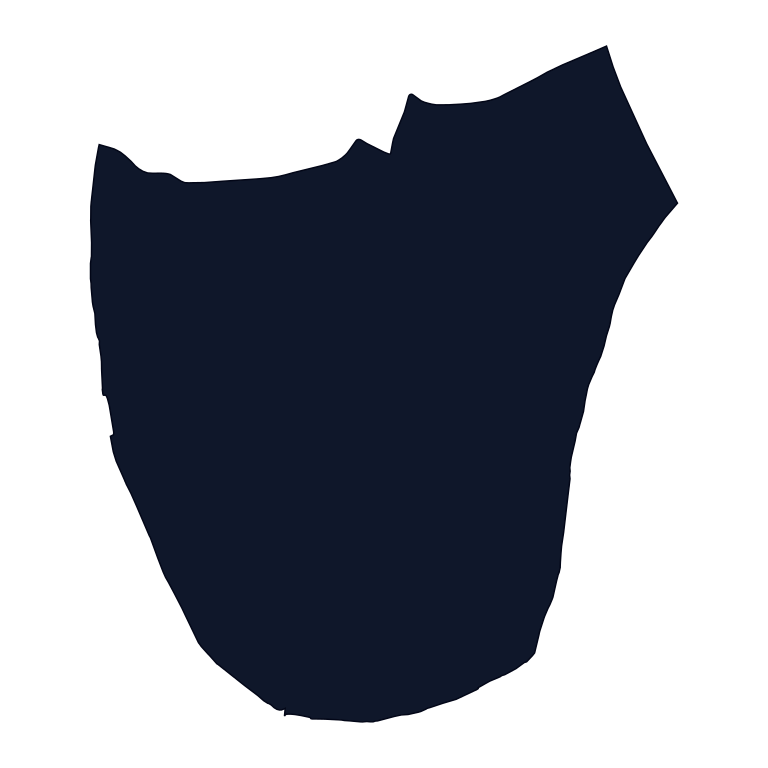 Bangkok Yai, Bangkok Metropolis, Thailand (Equal Earth projection)
{"feature_id": "78962969B71650774119704", "entity_name": "Bangkok Yai", "entity_type": "district", "adm_level": 2, "iso_a3": "THA", "parent_name": "Thailand", "parent_adm1": "Bangkok Metropolis", "projection": "equal_earth", "projection_center": [100.476, 13.735], "detail": "fine", "context": "isolated", "style": "filled", "palette": "ink", "viewbox_px": 768, "rotation_deg": 0, "n_neighbors": 0, "source": "geoboundaries", "source_scale": "gbopen_adm2", "svg_char_len": 4461}
<svg xmlns="http://www.w3.org/2000/svg" viewBox="0 0 768 768"><path d="M99.2,144.6L98.5,147.7L95.4,164.9L95.0,168.2L92.9,187.4L91.7,198.0L91.4,201.0L91.3,201.5L90.9,206.3L90.8,218.5L90.7,220.4L91.6,242.7L91.5,256.4L91.2,258.1L90.5,263.4L90.5,274.7L90.5,278.7L91.1,283.5L91.2,287.6L92.3,300.4L92.4,301.8L93.1,306.2L94.9,313.5L95.5,324.5L96.5,332.7L97.7,337.1L98.2,337.9L99.5,340.9L99.3,344.6L101.0,356.1L101.5,361.7L101.6,367.2L101.6,368.7L101.7,371.2L102.5,388.2L102.3,389.5L102.8,393.2L102.8,393.6L103.1,394.6L103.4,395.2L103.8,395.2L105.6,395.2L106.4,396.0L107.5,398.7L109.2,405.1L109.8,408.6L113.7,432.0L113.7,432.5L113.7,433.5L113.6,434.3L113.4,434.8L111.2,435.9L110.4,436.3L113.2,451.2L113.5,452.4L116.2,461.1L124.6,480.1L125.1,481.5L125.6,482.4L125.8,482.9L126.2,484.0L126.6,484.8L127.6,486.7L131.0,493.4L136.8,506.5L149.3,535.7L150.4,537.7L157.9,558.3L158.6,560.1L163.1,571.8L165.6,577.4L168.5,582.4L174.6,593.9L182.0,608.2L185.3,615.2L198.5,642.7L199.6,644.1L200.1,644.8L200.6,645.5L201.2,646.4L208.6,654.6L209.0,654.9L212.2,658.5L216.9,663.8L218.1,664.5L244.7,685.6L257.9,695.6L263.7,700.7L267.8,703.3L268.8,703.5L271.0,704.8L274.2,707.7L276.9,709.3L279.6,710.0L280.6,709.9L281.6,709.9L285.2,708.4L284.6,714.6L284.5,716.1L284.6,715.9L285.1,715.2L285.3,714.9L286.3,714.2L289.1,714.1L290.2,714.1L291.8,714.2L295.0,714.5L300.5,715.4L301.6,715.6L309.1,717.2L310.3,717.6L310.5,717.9L310.9,718.6L312.0,718.9L312.5,718.9L314.6,718.9L325.0,719.1L334.6,719.6L338.8,719.8L341.5,720.0L342.8,720.2L344.3,720.5L346.1,720.6L349.3,720.8L355.7,721.4L356.9,721.5L360.3,721.8L362.3,721.9L366.8,721.5L369.1,721.7L370.5,721.8L371.5,721.8L373.0,721.8L373.4,721.7L374.1,721.5L374.3,721.4L374.6,721.3L375.0,721.1L375.4,721.1L375.6,721.0L375.9,721.0L377.5,720.9L394.4,716.4L401.4,714.9L408.0,714.5L418.3,712.2L420.7,711.5L421.6,711.1L426.0,709.1L426.8,708.5L428.9,707.8L429.2,707.8L443.0,703.2L456.1,699.3L474.1,690.8L476.4,689.8L478.2,688.6L478.0,688.1L477.9,687.8L482.0,685.5L485.3,683.6L486.9,682.7L489.8,681.1L500.2,676.7L501.7,675.6L503.3,675.1L504.7,674.7L516.0,668.6L524.3,662.5L526.6,661.8L531.9,656.2L532.3,655.8L533.5,654.3L534.6,652.9L534.8,652.0L535.0,651.3L535.3,649.9L535.7,648.3L539.0,634.6L539.2,633.4L539.8,631.0L543.9,618.3L544.0,617.9L544.2,617.5L544.5,616.6L544.6,616.3L548.0,608.3L549.7,605.0L549.9,604.6L552.0,599.6L552.9,597.2L556.7,580.3L557.7,576.5L558.1,574.8L559.1,572.4L559.7,569.6L560.2,567.4L560.2,566.2L560.4,561.7L561.0,552.6L561.6,545.8L563.6,532.5L568.5,491.0L569.1,486.2L569.2,485.5L569.2,485.2L570.0,478.8L569.6,475.0L570.1,471.2L569.8,467.7L570.6,461.6L571.3,457.1L575.1,441.0L576.5,433.2L577.8,430.2L579.0,427.5L579.9,424.1L580.5,422.1L582.3,415.7L583.5,411.4L583.9,408.6L585.1,400.4L586.2,395.1L587.4,388.9L588.7,384.5L592.1,376.5L594.2,372.3L595.1,369.3L596.7,365.3L596.8,365.0L597.5,363.4L598.2,361.8L599.7,358.5L600.7,356.4L604.0,346.1L606.4,335.9L608.7,328.6L609.3,326.8L609.8,324.7L610.1,323.5L611.3,316.5L612.5,311.2L612.6,310.7L612.7,310.2L614.1,306.1L614.4,305.1L614.7,304.4L618.9,294.6L619.7,292.5L625.0,278.5L633.8,263.4L635.3,260.9L638.5,255.6L647.2,242.5L650.2,238.6L651.9,236.4L655.0,231.9L658.9,226.0L662.1,221.7L662.7,220.8L665.2,217.4L677.5,203.1L677.0,202.3L670.5,189.7L646.7,143.9L636.5,121.6L620.6,86.8L613.1,66.9L606.5,46.1L584.7,55.5L563.0,64.7L547.2,72.2L545.3,73.3L536.6,78.2L527.9,82.7L506.3,93.6L503.2,95.2L500.1,96.9L497.5,98.0L493.8,99.2L490.1,100.3L485.2,101.4L476.5,102.6L470.8,103.4L460.5,104.2L450.9,104.7L449.4,104.8L440.0,104.9L436.5,104.9L431.8,104.2L428.1,103.3L424.5,102.3L421.4,101.0L421.2,100.9L412.6,94.6L411.8,94.3L411.0,94.3L410.2,94.5L409.5,95.0L409.0,95.7L408.7,96.3L404.9,110.2L404.3,112.2L393.6,138.4L392.6,142.9L390.7,153.2L390.3,153.7L389.9,154.1L389.3,154.1L388.5,153.9L383.9,152.1L366.9,143.6L361.0,140.0L360.0,139.6L358.7,139.4L358.0,139.5L356.9,139.9L356.0,140.8L350.3,148.9L347.3,153.0L345.5,154.9L341.9,158.0L338.9,160.0L338.4,160.3L336.5,161.4L334.4,162.1L322.5,165.5L293.2,172.7L285.3,174.9L278.6,176.5L271.2,177.7L265.9,178.2L261.6,178.6L256.5,179.0L222.0,181.3L204.4,182.6L191.2,182.8L189.1,182.9L185.2,182.7L184.2,182.5L183.3,182.1L182.6,181.8L181.1,181.2L170.4,174.5L168.2,173.9L166.0,173.5L163.5,173.3L160.3,173.2L153.0,173.3L149.5,173.1L147.7,173.0L145.7,172.3L142.9,171.3L141.7,170.6L140.8,170.0L138.7,168.8L137.4,167.7L135.3,166.0L131.1,161.4L125.1,155.9L120.5,152.3L117.2,150.5L114.2,149.0L110.3,147.8L99.2,144.6Z" fill="#0f172a" stroke="#020617" stroke-width="1.5"/></svg>